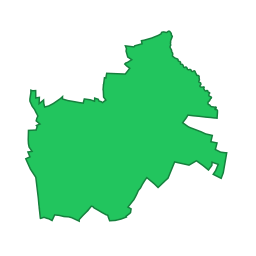 the district of John Taolo Gaetsewe, Northern Cape, South Africa, rotated 97°
{"feature_id": "47623444B84629172160693", "entity_name": "John Taolo Gaetsewe", "entity_type": "district", "adm_level": 2, "iso_a3": "ZAF", "parent_name": "South Africa", "parent_adm1": "Northern Cape", "projection": "robinson", "projection_center": [22.441, -26.985], "detail": "fine", "context": "isolated", "style": "filled", "palette": "green", "viewbox_px": 256, "rotation_deg": 97, "n_neighbors": 0, "source": "geoboundaries", "source_scale": "gbopen_adm2", "svg_char_len": 5106}
<svg xmlns="http://www.w3.org/2000/svg" viewBox="0 0 256 256"><g transform="rotate(97 128 128)"><path d="M101.3,41.0L101.0,41.2L100.1,41.2L99.8,41.4L99.4,41.6L99.2,41.8L99.1,42.0L99.0,42.3L99.0,42.5L99.1,43.2L99.0,43.8L98.9,43.9L98.5,44.0L98.1,43.9L97.9,43.7L97.7,43.3L97.5,43.0L97.2,42.9L96.7,43.1L96.5,43.6L96.6,43.9L96.7,44.2L96.8,44.5L96.7,45.6L96.7,46.0L96.7,47.2L96.7,47.5L96.6,48.0L96.4,48.5L96.2,48.8L95.4,49.5L95.1,50.1L95.0,50.7L94.9,51.0L94.5,51.4L94.2,51.5L93.7,51.6L93.2,51.7L92.9,51.7L92.4,51.6L92.1,51.4L91.7,51.1L91.5,50.8L91.3,50.7L91.0,50.4L90.5,50.2L89.9,50.1L89.5,49.9L88.7,49.5L88.3,49.1L88.1,49.0L87.7,48.9L87.3,49.0L87.2,49.1L87.1,49.3L87.0,49.5L86.8,50.1L86.5,51.1L86.0,51.7L85.0,51.8L84.7,51.8L84.2,51.6L83.5,51.2L83.2,51.2L83.0,51.4L82.9,51.5L82.7,52.6L82.4,52.9L82.2,53.1L81.5,53.3L81.4,53.5L81.2,53.7L81.2,53.9L81.2,54.1L81.2,54.4L81.7,55.1L81.8,55.4L81.8,55.8L81.7,56.0L81.4,56.3L80.9,56.8L80.7,57.0L80.3,57.3L80.1,57.5L79.6,57.6L78.7,57.4L78.3,57.4L78.1,57.5L78.0,57.8L78.0,58.0L78.4,59.1L78.5,60.4L78.4,60.9L78.3,61.2L78.1,61.5L77.7,61.7L77.5,61.8L77.1,61.7L76.4,61.2L76.0,61.0L75.7,61.0L74.9,61.2L74.5,61.4L74.4,61.5L74.2,61.8L73.9,62.9L73.8,63.1L73.6,63.2L73.3,63.4L73.1,63.4L72.8,63.4L71.9,63.1L71.7,63.0L71.4,63.0L70.7,63.2L70.3,63.3L70.0,63.5L69.9,63.5L69.2,63.6L68.3,63.7L68.1,63.7L67.7,64.0L67.4,64.5L67.3,64.8L67.3,65.3L67.3,65.6L67.4,65.9L67.4,66.1L67.1,66.3L66.7,66.5L66.3,66.7L66.2,66.8L65.8,67.1L65.4,67.4L65.2,67.6L64.0,68.2L63.6,68.4L63.4,68.6L63.2,69.0L63.2,69.3L63.3,69.5L63.7,70.2L63.9,70.4L63.9,70.5L64.1,70.9L64.1,71.1L64.1,71.5L63.8,71.9L63.7,72.1L63.0,72.4L62.6,72.7L62.4,73.0L62.4,73.4L62.4,74.0L62.7,74.5L62.8,74.8L62.8,75.1L62.8,75.3L62.7,75.7L62.5,76.0L62.4,76.1L62.3,76.3L61.5,76.6L61.2,76.8L60.6,77.4L60.4,77.9L60.5,78.3L60.6,78.5L61.0,79.0L61.1,79.4L61.1,79.5L60.9,80.0L60.7,80.2L60.5,80.3L60.1,80.5L59.7,80.7L59.1,81.0L58.6,81.4L58.5,81.5L58.3,81.7L58.2,82.4L58.3,83.2L58.3,83.5L58.2,83.6L58.0,83.8L57.7,83.9L57.1,83.8L56.6,83.8L56.2,84.0L55.8,84.5L55.7,84.6L55.7,85.0L55.6,85.7L55.5,85.8L55.3,86.2L55.1,86.4L54.9,86.5L54.6,86.6L54.3,86.6L54.2,86.7L53.8,86.8L53.6,87.1L53.5,87.3L53.4,87.5L53.3,87.9L53.1,88.9L52.9,89.7L52.8,90.0L52.3,90.9L51.3,92.5L51.2,92.6L50.7,92.7L50.0,92.6L49.4,92.6L48.7,92.7L48.6,92.8L48.3,92.9L48.0,93.0L47.8,93.2L47.4,93.6L47.2,93.7L47.0,93.9L46.9,94.0L46.6,94.0L46.1,94.2L45.6,94.2L45.5,94.3L45.0,94.5L44.3,95.1L43.0,96.0L42.8,96.1L42.4,96.2L42.0,96.2L41.9,96.2L41.6,96.1L41.3,95.9L41.0,95.9L40.7,95.7L40.2,95.8L39.7,95.9L38.5,96.3L38.4,96.3L38.1,96.2L37.6,96.1L37.4,96.2L37.2,96.3L36.7,96.3L36.2,96.2L35.4,96.2L34.5,95.9L34.2,95.8L33.5,95.6L33.4,95.6L33.1,95.7L32.9,95.7L32.6,95.5L32.2,95.2L31.8,95.2L31.6,95.2L31.1,95.6L30.3,96.3L29.2,96.5L28.5,96.9L27.2,98.2L27.1,98.3L26.9,98.8L27.0,99.7L28.2,100.9L28.5,101.5L28.4,103.1L28.3,103.9L28.3,104.3L28.5,105.1L28.7,105.6L29.0,106.3L30.5,106.7L32.3,109.1L35.8,115.4L38.9,122.7L39.7,125.3L42.7,124.3L45.6,131.3L46.8,132.0L46.8,140.6L49.4,139.2L51.9,139.3L57.6,136.9L59.1,133.8L59.8,132.6L63.0,136.6L63.8,138.2L64.9,139.0L66.5,137.0L68.5,133.5L74.8,137.3L76.1,153.1L76.3,155.8L81.1,156.1L81.0,157.5L87.2,157.5L88.0,157.7L88.9,157.6L93.2,157.4L93.7,157.1L100.3,156.0L103.0,153.4L105.9,156.4L105.1,157.9L104.8,160.0L103.1,161.1L102.4,164.7L105.5,164.5L104.6,168.8L104.5,174.9L108.8,175.5L108.7,179.6L108.4,184.8L108.1,191.2L107.2,196.6L104.9,196.8L107.1,198.7L112.8,205.1L115.8,209.4L117.3,213.3L113.9,214.6L110.5,215.2L114.7,219.2L108.4,219.7L109.4,223.2L102.1,224.2L102.7,227.2L102.3,229.0L104.8,228.7L111.2,228.9L113.3,228.6L114.2,228.1L115.3,227.4L118.0,225.8L121.1,222.9L124.1,221.0L124.1,220.9L127.1,218.9L129.7,219.7L132.1,220.0L133.5,217.9L134.8,215.9L136.7,219.2L137.6,218.3L141.3,219.0L141.3,219.3L142.5,226.5L151.8,225.6L155.8,224.9L159.0,223.8L162.9,220.4L164.0,224.4L168.6,221.8L171.0,225.7L173.5,224.2L180.6,219.9L188.2,213.5L208.4,208.5L215.0,207.1L218.5,206.2L218.5,206.3L222.2,205.4L228.3,204.0L228.4,203.9L226.9,200.5L227.1,199.4L227.5,197.6L227.8,195.4L227.9,195.1L228.0,194.9L229.1,192.1L223.2,190.2L223.1,185.8L223.4,183.2L223.7,180.7L223.4,176.1L223.9,172.8L226.4,165.1L225.2,165.3L224.5,165.1L220.3,162.1L216.6,159.2L214.9,157.8L214.7,158.0L214.0,157.3L210.1,154.9L210.3,153.2L211.3,152.2L211.8,151.1L213.1,147.9L213.7,146.5L215.1,143.4L216.5,139.8L216.8,139.2L217.0,137.5L219.2,136.5L222.3,134.9L222.2,134.4L221.3,129.4L219.2,123.8L216.6,118.8L216.0,119.2L215.9,119.2L211.9,115.2L212.0,115.2L207.9,115.1L206.5,118.4L202.2,115.8L199.4,114.1L198.5,113.5L195.5,112.3L192.1,111.1L188.7,110.1L186.0,108.3L182.0,106.8L177.9,104.9L175.0,103.3L175.7,102.1L180.2,95.1L183.4,90.9L175.7,84.6L173.0,82.2L156.0,77.6L157.4,62.9L152.2,56.1L155.9,49.3L159.9,43.0L154.8,40.2L151.7,40.4L153.1,34.0L159.6,35.8L163.6,37.8L166.6,29.4L160.8,28.0L140.6,27.0L140.7,28.6L140.7,33.1L138.7,38.7L132.0,37.8L131.5,44.1L125.1,43.4L124.4,50.3L122.8,55.2L120.0,66.6L119.4,68.4L116.1,74.4L111.0,71.5L107.9,70.1L107.9,64.7L107.7,58.7L107.7,51.9L107.5,46.9L107.5,43.4L107.4,42.8L107.4,40.8L101.4,41.1L101.2,41.1L101.3,41.0Z" fill="#22c55e" stroke="#15803d" stroke-width="1.5"/></g></svg>